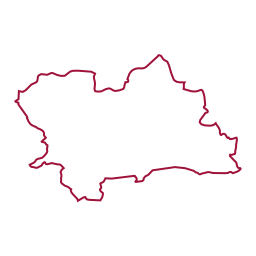 Žilinský, Natural Earth projection
{"feature_id": "SVK-1053", "entity_name": "Žilinský", "entity_type": "Region", "adm_level": 1, "iso_a3": "SVK", "parent_name": "Slovakia", "parent_adm1": "", "projection": "natural_earth1", "projection_center": [19.144, 49.173], "detail": "fine", "context": "isolated", "style": "outline", "palette": "rose", "viewbox_px": 256, "rotation_deg": 0, "n_neighbors": 0, "source": "natural_earth", "source_scale": "10m", "svg_char_len": 4686}
<svg xmlns="http://www.w3.org/2000/svg" viewBox="0 0 256 256"><path d="M159.1,55.2L159.8,55.4L161.0,55.8L163.2,59.1L164.2,60.0L167.3,61.7L168.9,65.1L171.4,73.6L173.5,79.0L174.2,80.2L176.5,81.7L179.3,82.3L184.6,82.4L184.0,83.4L183.8,84.4L183.9,87.0L183.6,89.0L191.2,91.2L194.1,91.5L196.8,91.3L201.2,89.8L202.4,90.5L202.5,90.6L203.7,93.8L204.4,96.6L205.2,104.8L205.0,105.5L204.0,106.8L203.9,107.5L204.4,108.1L206.2,109.2L206.4,109.6L206.5,109.6L207.5,110.5L207.8,111.3L207.5,112.3L206.7,112.6L205.8,112.8L205.2,113.2L200.2,120.1L199.7,122.3L201.4,124.3L204.8,125.4L210.9,125.7L213.9,124.8L215.7,123.2L215.9,123.7L218.7,127.7L219.4,129.1L219.9,130.7L219.9,132.8L220.1,133.8L220.7,134.8L221.2,135.0L221.5,134.9L221.8,134.6L222.2,134.2L222.8,133.9L223.7,133.8L224.6,134.0L225.4,134.6L226.0,135.5L226.9,137.2L227.4,137.8L227.8,137.9L228.1,137.6L228.5,137.5L228.9,137.7L229.3,138.3L229.7,138.8L230.1,139.1L230.6,139.1L233.2,138.7L235.1,138.0L235.8,137.8L236.5,137.7L236.8,138.4L236.9,139.8L236.1,144.8L236.1,146.6L235.9,148.1L235.3,150.5L235.2,152.6L235.0,153.7L234.5,154.1L233.6,154.2L232.1,154.8L231.4,154.8L230.5,154.7L230.0,154.8L229.9,155.2L230.0,156.0L234.6,160.9L235.4,161.6L236.0,162.3L236.5,163.1L236.7,164.6L237.2,166.3L237.5,166.9L237.8,167.4L238.2,167.8L238.9,168.0L240.3,168.2L240.6,168.6L240.4,169.3L238.9,170.6L237.5,171.5L232.9,173.2L231.2,172.1L230.6,172.0L229.9,172.0L227.6,173.0L226.0,173.1L225.6,173.2L212.9,173.0L209.1,172.1L207.9,172.1L201.8,173.6L200.2,174.3L199.7,174.3L199.2,174.2L198.5,173.6L198.1,173.2L197.7,172.9L197.2,172.7L195.9,172.4L195.4,172.2L194.7,171.5L193.7,170.8L185.1,168.2L175.0,167.1L152.6,170.3L148.2,174.9L145.4,176.3L144.0,177.9L143.7,178.5L143.6,179.6L143.4,180.0L143.2,180.2L143.0,180.5L142.3,181.0L141.5,181.2L136.1,181.9L135.7,181.9L135.4,181.7L135.8,181.0L135.9,180.8L136.1,180.7L136.6,180.7L136.7,180.2L136.7,179.6L136.5,178.2L136.2,177.6L135.9,177.2L135.5,177.0L135.2,176.8L135.0,176.2L134.8,175.9L133.8,175.9L111.7,178.6L105.4,178.3L103.9,181.3L103.5,181.7L102.8,182.3L100.6,183.2L100.3,183.6L100.4,184.2L101.1,186.3L101.2,187.3L101.1,188.0L100.6,188.7L100.2,189.0L100.0,189.6L100.1,190.3L100.9,191.5L102.7,192.9L102.9,193.1L102.9,193.7L102.9,194.5L102.4,196.5L102.1,197.5L100.3,200.4L89.0,199.8L86.7,199.3L86.6,199.1L86.3,198.6L86.1,198.4L85.9,198.2L85.7,198.0L85.6,197.6L85.5,197.3L85.2,197.0L83.6,197.4L77.9,200.8L77.5,199.2L77.1,198.7L72.6,193.9L71.7,192.7L71.2,191.8L70.8,190.6L70.8,190.1L70.9,189.7L71.2,189.3L71.1,189.2L70.7,188.9L70.0,188.5L67.9,186.8L67.3,186.7L67.0,186.6L66.5,186.3L66.1,186.1L65.5,186.0L65.2,185.9L64.9,185.7L61.8,183.4L61.3,182.7L61.0,182.2L61.0,181.2L61.2,180.1L61.2,179.7L61.2,179.3L61.0,178.5L61.0,178.0L61.1,177.6L61.4,176.6L61.5,175.9L61.4,175.0L60.7,172.4L60.6,171.8L60.8,171.4L61.2,171.0L61.4,170.6L61.5,170.2L61.7,169.7L61.9,169.6L62.1,169.4L62.4,169.2L62.8,168.9L63.0,168.6L63.7,168.1L61.0,165.2L60.5,164.9L59.8,164.5L57.2,164.3L51.7,163.1L47.4,164.2L46.1,164.1L45.8,163.8L45.0,162.4L44.7,162.2L44.3,162.2L42.6,163.7L42.4,164.0L42.3,164.3L42.3,164.6L41.8,165.2L40.9,165.9L37.3,167.7L36.3,167.8L35.8,167.8L34.0,167.2L31.5,166.9L30.4,166.1L29.7,164.8L33.6,162.8L34.1,162.4L34.9,161.8L36.1,159.9L36.9,159.3L37.8,158.9L41.8,157.9L43.0,157.1L44.6,155.5L46.3,153.4L47.0,152.3L47.3,151.3L46.9,149.1L46.9,148.7L47.1,148.4L47.3,147.9L47.3,147.6L47.3,147.4L47.2,147.1L47.2,146.9L47.3,146.6L47.5,145.9L47.5,145.6L47.5,145.3L47.3,145.1L47.1,144.9L46.9,144.8L46.3,144.5L46.2,144.4L46.0,144.2L45.6,143.4L45.4,143.1L45.1,142.9L44.8,142.6L44.5,142.5L42.6,142.0L42.1,142.0L41.9,141.9L41.7,141.6L42.2,141.0L45.8,137.8L44.2,135.7L44.0,135.3L43.9,134.7L44.0,134.0L43.9,132.8L43.6,131.9L42.5,130.7L41.8,130.2L39.3,128.8L38.6,128.7L38.1,128.5L37.5,128.2L35.9,126.9L35.5,126.7L35.1,126.6L34.7,126.6L31.3,124.8L30.6,124.2L29.8,123.3L28.2,120.8L28.0,120.4L27.9,120.0L27.8,119.6L27.1,118.5L27.0,118.2L27.3,117.6L27.3,117.3L27.1,116.9L26.8,116.3L18.7,104.9L18.5,104.6L18.4,104.3L18.4,104.0L18.4,102.7L16.0,102.0L15.4,101.2L18.5,99.2L18.8,93.2L18.9,91.1L22.7,91.9L25.7,90.2L31.4,84.5L35.8,82.5L36.9,81.6L37.5,80.1L37.9,76.9L38.6,75.5L41.3,74.1L47.2,74.8L51.0,73.1L51.9,73.0L52.8,73.1L57.2,75.0L61.0,75.9L64.7,75.8L70.2,71.6L72.7,70.8L78.1,70.7L91.2,71.7L95.1,73.6L93.9,76.5L94.1,78.9L94.7,81.2L95.0,83.7L94.5,89.3L95.2,91.2L97.8,91.6L101.2,91.4L106.3,88.9L109.2,88.4L110.4,88.7L113.1,90.3L114.4,90.8L115.7,90.9L119.1,90.4L123.2,89.0L124.1,87.6L124.5,85.5L125.4,82.2L125.8,82.2L127.4,82.1L128.0,81.8L128.3,80.6L128.1,79.8L127.6,79.3L127.4,79.1L129.5,73.6L131.3,71.2L133.3,69.7L135.4,68.8L138.0,68.3L142.1,68.4L143.5,68.2L145.3,67.5L146.3,66.8L157.8,56.3L158.3,55.4L159.1,55.2Z" fill="none" stroke="#9f1239" stroke-width="2"/></svg>